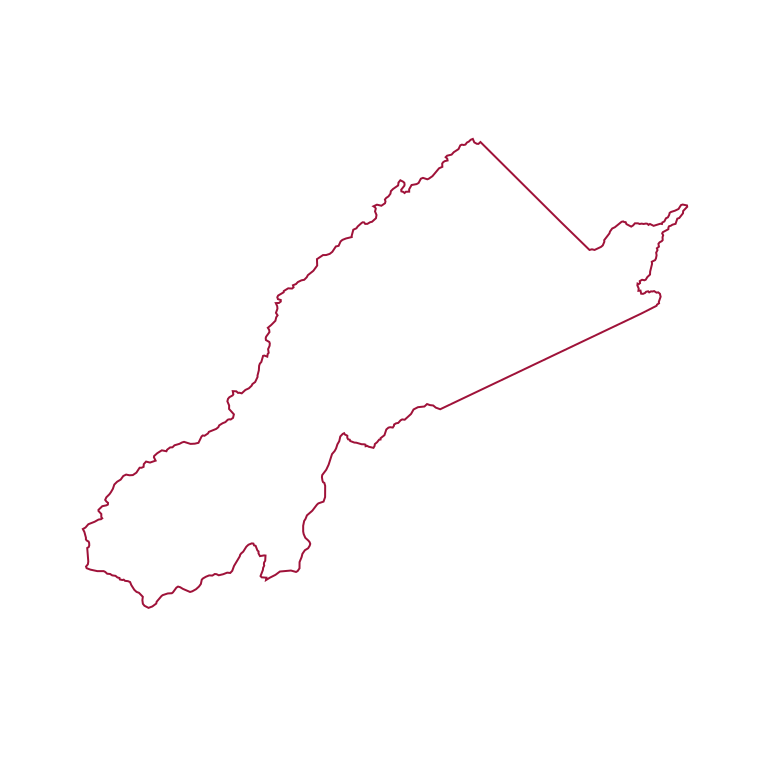 the district of Ji-Paraná, Rondônia, Brazil, rotated 225°
{"feature_id": "56859067B65069967898221", "entity_name": "Ji-Paraná", "entity_type": "district", "adm_level": 2, "iso_a3": "BRA", "parent_name": "Brazil", "parent_adm1": "Rondônia", "projection": "robinson", "projection_center": [-61.749, -10.449], "detail": "fine", "context": "isolated", "style": "outline", "palette": "rose", "viewbox_px": 768, "rotation_deg": 225, "n_neighbors": 0, "source": "geoboundaries", "source_scale": "gbopen_adm2", "svg_char_len": 6102}
<svg xmlns="http://www.w3.org/2000/svg" viewBox="0 0 768 768"><g transform="rotate(225 384 384)"><path d="M477.9,58.2L467.5,49.3L465.9,47.1L465.6,44.2L464.0,43.5L460.4,45.1L454.5,48.9L450.0,53.4L448.3,54.0L445.6,54.1L443.3,56.0L440.9,56.5L438.2,58.5L435.7,58.7L433.9,59.8L432.6,59.0L430.4,60.4L429.7,61.6L427.9,61.7L425.7,63.5L423.5,64.4L420.4,63.1L415.0,61.9L412.0,62.0L409.6,63.1L404.1,63.0L402.0,60.3L399.1,58.1L396.6,57.8L392.2,59.2L390.5,62.9L389.8,67.7L390.8,69.3L391.4,76.7L391.2,78.2L388.8,83.0L386.1,86.0L385.9,87.4L386.8,93.2L386.4,95.1L384.4,96.2L381.4,96.9L374.1,99.8L373.0,101.8L371.8,106.0L371.6,109.9L372.1,113.1L374.5,116.8L374.5,118.6L373.6,121.9L372.3,125.0L369.9,127.2L369.3,130.0L367.9,131.1L365.6,131.9L363.2,135.8L361.5,139.7L359.1,141.7L359.2,144.6L361.4,149.3L364.1,160.1L364.9,161.4L365.2,163.1L365.0,165.9L366.3,171.6L366.2,174.5L364.8,177.8L363.5,178.8L361.8,178.0L360.4,178.8L355.8,176.8L354.3,176.9L353.0,175.5L350.0,174.6L347.6,178.0L346.5,178.9L343.0,175.0L342.6,173.1L341.6,171.7L340.3,170.9L339.5,168.6L338.1,166.8L335.5,160.9L333.8,160.8L330.2,163.9L328.8,161.9L327.8,166.2L325.8,172.3L325.0,177.8L317.9,186.3L313.3,188.9L312.8,190.6L313.4,193.9L317.8,198.4L319.9,203.4L321.6,206.2L322.4,210.5L321.5,214.2L322.2,217.1L323.1,218.8L324.8,219.6L326.7,219.8L330.9,219.6L334.7,221.1L336.9,222.6L340.9,226.6L343.6,230.7L344.1,233.1L345.6,236.6L345.1,243.7L346.1,251.3L346.0,253.2L343.6,258.1L345.7,262.4L353.6,270.4L356.3,271.9L357.6,271.5L359.1,272.1L362.0,274.2L363.3,275.9L364.2,282.5L366.1,287.8L371.2,297.7L371.5,301.7L372.3,304.5L374.3,308.4L375.2,311.9L377.8,316.0L377.9,319.5L377.4,321.0L376.1,320.6L373.4,321.5L371.9,320.0L370.2,319.5L368.8,320.4L367.6,319.8L363.6,321.6L362.1,322.9L357.2,325.6L355.3,327.4L354.2,328.0L353.0,327.0L352.1,328.4L350.5,328.8L346.3,331.4L346.8,333.4L348.0,335.1L347.7,337.9L348.1,341.2L347.2,342.3L348.1,343.3L347.5,348.1L350.2,353.5L350.0,356.3L349.1,357.8L347.0,359.4L347.4,361.5L348.2,362.5L347.7,364.6L346.4,366.6L346.6,370.0L346.1,371.8L344.1,373.4L343.7,382.0L345.1,386.9L343.6,391.6L339.5,396.7L339.4,400.2L336.7,401.5L334.0,403.6L330.7,403.9L326.4,405.9L251.9,615.7L246.6,632.0L247.1,633.2L246.6,635.6L247.7,636.3L250.1,641.3L252.7,642.9L254.9,642.7L255.9,641.3L258.7,640.7L259.6,639.2L260.7,638.3L261.3,636.3L262.8,636.3L263.9,634.5L263.8,633.0L264.6,630.9L266.0,629.7L268.7,631.4L270.0,629.8L271.4,631.6L274.6,632.9L275.7,634.3L274.5,634.7L274.3,636.4L275.9,637.6L275.2,640.2L273.2,641.5L272.7,642.9L273.4,645.8L273.3,649.5L275.3,651.7L279.4,658.5L281.1,659.8L279.9,663.3L280.5,665.1L282.3,667.8L284.4,669.3L285.3,672.1L287.0,672.9L286.7,675.5L289.1,677.2L289.3,679.1L288.6,681.4L288.7,682.8L290.9,684.8L291.8,686.6L293.8,687.2L294.2,688.5L292.4,694.5L293.6,695.9L294.0,697.1L293.1,698.7L292.7,700.6L291.1,703.4L293.5,708.3L292.6,710.2L293.3,716.1L294.8,717.9L294.9,723.7L296.0,724.5L299.7,722.1L300.5,720.5L299.5,716.0L300.8,712.3L302.7,708.6L303.0,707.0L301.9,705.2L301.1,702.6L301.8,700.5L300.7,697.2L301.4,695.0L300.6,693.7L301.9,692.8L305.2,686.5L309.1,685.2L309.5,683.5L310.9,683.6L312.2,682.7L313.6,680.7L315.2,679.6L316.4,677.9L318.0,677.2L320.2,675.0L320.0,672.3L320.5,670.1L325.6,668.5L327.6,669.3L328.5,668.4L329.8,668.1L330.7,666.7L331.6,658.1L332.6,655.3L332.0,651.6L331.1,649.9L330.0,641.4L328.8,640.4L327.3,636.7L327.5,634.4L329.9,627.7L332.2,626.3L333.5,624.1L373.0,623.6L486.9,623.3L487.0,620.6L488.2,619.5L491.0,618.7L494.5,620.1L495.4,618.0L495.4,615.5L496.1,613.3L495.7,610.9L496.7,609.3L498.2,608.3L498.8,606.7L497.4,602.8L498.6,597.2L498.4,594.0L500.8,590.1L500.8,588.0L498.7,588.1L497.1,587.0L498.7,584.4L499.0,582.5L498.7,581.0L496.3,578.8L497.6,575.5L496.7,565.2L497.5,560.8L498.1,559.4L502.2,557.3L503.1,555.2L501.7,550.6L502.3,548.4L505.2,544.2L503.9,539.5L502.2,537.8L504.5,535.4L504.5,533.6L506.3,533.4L507.9,532.5L509.2,533.5L509.8,538.6L510.6,539.7L512.0,540.7L513.8,540.5L516.5,539.6L516.2,536.7L514.4,534.4L515.5,528.4L515.5,525.2L514.0,523.1L513.5,519.8L514.0,517.2L513.8,515.1L512.0,514.1L511.1,512.5L511.9,508.2L515.8,505.8L517.1,502.2L515.2,502.6L513.8,502.2L512.4,499.7L508.8,498.2L506.9,495.5L507.2,490.2L508.2,488.6L509.0,485.5L510.5,483.9L512.3,484.2L513.4,483.3L513.7,482.1L514.0,476.8L513.6,474.6L514.8,471.4L511.6,465.9L510.7,465.1L513.8,460.0L515.3,456.5L515.5,454.1L513.8,449.6L515.3,447.2L514.0,440.9L514.4,437.6L516.1,434.3L518.3,432.0L519.7,424.9L515.0,420.5L514.0,414.1L514.8,407.1L514.1,404.8L514.1,401.3L515.7,398.9L517.0,395.1L516.9,392.5L518.2,389.4L516.3,388.4L516.5,386.5L519.4,383.9L520.6,378.9L519.8,377.9L521.4,371.7L520.8,369.9L519.0,369.0L516.4,370.4L515.3,369.3L515.6,367.0L517.7,364.7L514.5,363.5L512.6,361.9L510.7,357.9L507.8,357.3L507.4,355.0L505.5,351.9L505.5,345.8L505.9,341.6L503.5,341.1L501.7,339.7L500.8,334.1L500.1,332.8L498.6,331.6L494.8,332.6L493.4,331.9L491.9,330.1L490.6,326.7L487.6,324.5L487.4,322.9L485.9,320.8L488.7,319.5L489.4,318.4L486.3,312.8L486.2,310.7L485.2,308.6L482.2,305.2L479.4,300.5L478.4,299.6L476.5,294.3L477.0,290.9L476.4,289.2L476.5,285.4L477.8,281.8L478.0,276.8L480.2,275.5L480.9,274.5L483.2,274.4L485.9,272.0L483.2,270.1L483.0,268.8L484.0,265.3L483.8,263.2L482.5,261.0L478.3,259.3L475.9,256.8L468.7,256.4L466.8,253.3L467.3,250.5L468.5,249.6L469.2,248.3L469.2,244.9L470.4,242.1L471.3,238.2L470.6,236.3L470.9,233.6L474.0,226.3L473.5,224.6L474.3,220.5L475.8,219.4L475.9,217.9L473.6,211.2L475.6,208.0L478.5,204.8L484.5,201.7L485.5,199.8L486.3,197.1L488.8,192.5L488.8,189.7L490.4,187.9L490.9,184.2L490.3,182.6L494.2,180.0L495.4,174.7L495.6,170.5L494.9,169.5L491.3,168.3L493.9,163.0L497.4,160.9L497.2,157.5L495.4,155.4L496.2,153.4L497.6,152.0L496.4,146.2L497.2,142.0L499.4,139.5L502.3,137.6L503.3,134.6L502.6,130.2L503.6,126.2L503.6,122.2L501.6,118.2L500.6,114.4L500.2,112.0L500.2,107.5L499.2,104.9L497.2,104.6L495.1,104.8L494.0,103.5L494.5,101.9L496.8,98.4L496.9,93.1L496.0,92.3L492.0,92.2L489.8,90.0L488.3,89.8L488.5,88.3L490.0,86.3L491.2,82.0L493.9,75.8L493.6,71.4L494.4,68.5L491.2,67.5L486.0,64.5L485.0,63.4L483.6,63.1L481.5,63.7L480.1,63.1L478.3,61.5L477.5,59.9L477.9,58.2Z" fill="none" stroke="#9f1239" stroke-width="2"/></g></svg>